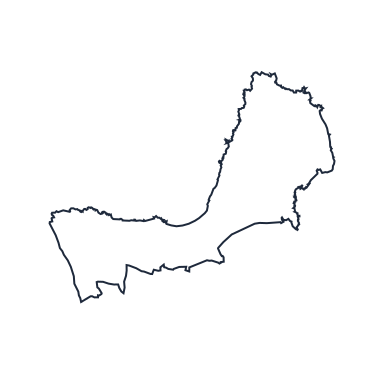 the district of North Mahe, English River, Seychelles, rotated 17°
{"feature_id": "34574756B41664711494427", "entity_name": "North Mahe", "entity_type": "district", "adm_level": 2, "iso_a3": "SYC", "parent_name": "Seychelles", "parent_adm1": "English River", "projection": "orthographic", "projection_center": [55.433, -4.604], "detail": "fine", "context": "isolated", "style": "outline", "palette": "slate", "viewbox_px": 384, "rotation_deg": 17, "n_neighbors": 0, "source": "geoboundaries", "source_scale": "gbopen_adm2", "svg_char_len": 5985}
<svg xmlns="http://www.w3.org/2000/svg" viewBox="0 0 384 384"><g transform="rotate(17 192 192)"><path d="M302.0,197.1L302.3,196.7L303.8,197.5L304.1,197.0L302.4,195.1L303.8,191.7L303.3,191.6L303.4,190.4L301.7,188.7L301.4,187.5L301.9,187.2L301.8,186.8L300.3,184.6L301.9,183.9L301.7,183.4L300.3,184.1L299.2,181.8L298.9,182.1L298.1,181.2L295.9,180.9L296.3,180.5L294.7,177.6L293.6,177.7L294.6,176.0L294.0,175.5L294.5,174.9L293.4,173.6L293.4,172.9L292.5,172.9L292.6,171.3L293.7,170.9L293.6,170.0L294.3,169.5L293.9,168.8L293.2,168.8L293.1,167.7L292.1,167.4L292.9,166.8L292.6,166.1L291.7,166.6L291.0,166.2L291.5,165.8L291.4,164.4L291.0,164.3L290.9,162.4L290.3,162.4L290.3,160.0L290.7,158.8L292.1,157.3L291.5,156.8L292.4,157.0L292.8,156.6L292.3,156.2L292.8,155.8L293.1,156.1L293.6,155.7L294.7,157.3L295.2,156.7L294.5,154.8L295.7,152.9L295.3,155.8L298.2,156.9L298.4,155.7L299.1,155.7L299.6,154.0L300.3,154.3L301.4,151.1L300.5,150.8L301.1,150.2L301.6,150.4L302.0,149.3L301.4,149.1L302.2,145.9L306.6,137.9L306.4,136.9L305.0,135.2L305.4,133.7L306.6,133.9L308.0,132.9L310.9,135.7L313.7,134.0L315.6,133.7L319.4,130.7L319.9,129.1L319.2,125.9L319.6,123.6L319.2,120.6L317.4,118.7L316.9,117.7L317.2,117.3L316.7,117.2L314.7,113.5L312.5,111.5L312.8,110.0L312.4,110.1L311.9,108.6L311.3,108.7L310.8,107.9L309.3,103.7L306.3,97.8L306.2,97.3L306.7,97.5L307.0,96.7L305.3,96.7L302.6,91.6L299.9,88.3L294.8,83.9L291.6,79.9L290.4,77.2L290.9,76.2L292.1,76.1L292.2,74.1L292.8,73.5L291.6,73.0L290.8,73.3L290.4,72.0L289.8,72.7L289.5,72.0L288.1,71.6L287.2,71.8L287.0,74.2L286.1,73.3L284.5,73.0L284.1,73.4L284.5,74.0L283.9,74.1L279.2,72.4L278.3,70.7L278.7,69.9L278.1,69.2L277.4,69.3L278.5,67.6L278.1,67.7L277.3,65.7L275.2,63.0L274.4,62.7L272.2,64.2L270.8,63.9L271.2,64.4L270.8,64.6L269.8,64.4L270.0,63.2L270.5,63.6L271.0,62.9L269.8,61.7L270.6,59.6L269.8,60.1L268.5,59.0L268.3,60.0L267.3,60.3L267.6,63.5L266.6,63.5L266.0,64.4L264.2,63.9L262.0,64.6L262.5,66.4L260.4,67.1L258.6,65.5L256.8,66.0L254.7,65.3L252.8,65.9L251.3,65.6L251.0,66.2L248.5,65.1L247.9,66.0L246.3,65.3L246.0,64.2L244.6,64.7L241.7,64.2L240.7,62.7L239.7,63.1L239.2,62.5L239.9,60.5L239.7,58.5L236.5,54.4L234.1,56.5L233.1,56.3L233.7,56.9L233.5,58.6L231.5,58.5L230.5,57.5L227.7,58.0L223.6,57.1L222.9,60.1L221.0,59.8L219.0,58.7L218.5,59.2L217.8,59.0L216.0,60.7L216.3,61.7L215.1,63.9L216.9,65.4L217.4,66.6L217.7,67.7L216.8,69.5L216.9,71.6L218.3,73.1L218.1,73.9L219.2,75.6L218.0,78.2L216.6,77.4L214.8,78.6L213.5,78.1L212.4,78.7L212.6,79.8L212.0,80.0L213.3,81.7L212.7,82.2L213.3,82.9L212.5,82.9L212.4,83.5L214.2,85.0L214.2,86.1L213.7,86.9L215.1,87.7L215.1,88.6L216.9,90.8L217.3,92.3L216.3,94.2L217.0,95.1L216.8,96.4L215.1,97.2L214.6,98.2L212.4,99.0L213.0,100.2L212.8,101.6L214.2,103.4L214.1,105.0L214.7,104.8L214.8,105.8L216.3,107.8L216.6,108.6L216.1,109.0L217.2,108.9L217.6,109.8L217.2,110.7L216.4,110.6L216.9,113.1L215.8,116.1L216.1,117.4L215.0,118.1L215.5,120.4L214.7,120.9L214.0,120.5L213.3,120.8L213.3,121.9L214.3,122.9L214.0,123.9L214.8,124.9L214.5,127.1L214.0,127.4L214.6,128.1L214.2,129.6L215.2,130.1L215.4,130.8L213.1,133.2L212.3,132.1L212.0,132.6L209.3,132.0L209.6,132.4L208.8,132.7L209.9,133.5L210.3,134.6L211.1,134.7L210.9,135.1L211.8,134.5L212.5,134.9L213.9,137.8L213.3,139.8L212.5,140.8L212.3,143.1L212.9,143.5L213.1,145.5L211.3,146.9L212.0,150.1L211.3,150.1L211.3,151.3L212.0,152.1L210.9,154.3L209.2,154.1L208.8,154.9L209.4,155.9L211.0,156.4L211.6,155.9L212.3,156.8L211.7,158.3L212.9,159.9L212.6,161.9L213.0,164.6L212.6,165.6L212.8,167.4L213.4,168.1L212.7,172.6L213.4,173.0L213.5,178.7L212.5,181.5L211.6,182.6L211.2,189.1L210.5,190.9L210.2,194.7L210.5,195.2L211.0,195.2L210.2,199.3L211.2,200.6L211.7,205.4L210.4,208.6L206.4,214.9L203.2,218.7L198.2,223.3L192.8,226.8L187.2,229.3L181.9,230.0L176.9,230.0L175.5,228.5L176.4,228.0L176.3,227.4L175.7,228.0L175.0,227.7L175.2,228.5L173.9,229.1L172.3,228.4L172.9,227.0L171.3,227.2L170.6,226.5L170.5,227.0L168.4,226.1L166.7,226.6L164.7,225.5L163.6,227.3L162.7,227.3L163.5,228.5L155.5,233.5L154.2,232.9L154.1,234.0L150.5,234.4L146.9,236.0L145.6,235.1L144.9,235.3L145.0,236.2L142.1,236.8L140.6,237.8L134.0,239.5L133.8,239.0L132.0,238.4L131.2,238.7L131.0,239.3L124.6,240.9L122.6,239.9L121.0,237.3L120.4,238.0L119.3,237.5L119.0,238.3L117.5,237.5L116.5,237.8L116.6,238.2L115.6,237.7L115.5,237.0L113.6,236.5L112.6,237.0L112.9,237.8L112.0,238.0L112.4,238.9L111.0,239.8L108.6,239.1L106.6,237.0L105.6,237.0L105.0,237.8L104.5,237.0L102.9,236.9L102.7,237.4L101.0,236.3L100.0,236.2L99.7,236.9L97.7,236.8L96.9,237.6L97.2,239.0L96.2,240.0L94.9,239.4L93.9,239.7L93.0,242.0L93.2,242.8L91.6,242.5L91.7,243.5L91.2,243.5L89.5,242.4L88.1,242.4L87.4,241.9L85.6,242.7L83.4,242.3L81.9,242.7L81.1,243.1L80.3,245.1L81.1,246.0L80.9,246.7L74.2,247.2L69.9,250.4L68.0,250.0L67.1,251.8L64.3,252.7L64.1,253.7L64.7,254.8L66.2,255.2L67.5,256.6L65.8,257.5L65.4,258.2L67.0,261.0L64.8,262.3L65.0,263.7L74.3,273.2L79.2,279.6L82.1,284.3L85.3,286.5L87.8,289.5L93.2,293.7L98.0,299.0L103.6,307.1L106.3,314.1L112.4,320.5L114.1,324.0L116.2,326.2L118.1,329.6L125.5,321.4L126.9,320.9L129.5,321.3L132.9,320.2L132.3,318.3L133.4,318.2L135.2,316.1L135.2,315.2L131.2,311.6L129.4,310.9L127.2,306.0L128.1,305.3L133.2,303.9L139.1,304.0L144.4,303.3L148.4,302.0L150.5,305.0L153.5,307.8L156.1,308.8L155.5,303.1L153.3,297.6L153.4,291.5L152.5,286.3L150.8,281.0L153.3,280.7L161.0,281.2L166.9,282.5L169.4,282.1L176.3,282.5L177.9,282.1L178.2,277.5L182.8,277.2L184.8,276.2L183.8,273.3L186.2,269.7L187.4,272.1L189.2,271.9L191.8,272.5L196.7,271.8L197.0,270.9L201.7,267.4L208.3,265.2L208.6,268.7L212.6,268.8L211.5,264.9L226.3,252.9L228.7,252.7L230.9,251.8L237.8,251.9L239.2,252.4L240.8,250.6L240.5,250.4L242.7,249.4L241.3,245.2L240.0,244.2L239.3,244.6L237.6,243.3L233.4,238.4L233.4,237.7L236.7,230.6L242.4,221.0L261.2,204.0L265.7,201.8L272.7,199.9L285.4,195.0L286.3,195.7L288.2,193.7L286.1,192.2L285.3,190.5L285.5,190.0L287.6,191.9L290.3,191.4L292.0,189.5L294.3,191.1L295.8,191.2L295.9,192.0L298.3,195.3L302.0,197.1Z" fill="none" stroke="#1e293b" stroke-width="2"/></g></svg>